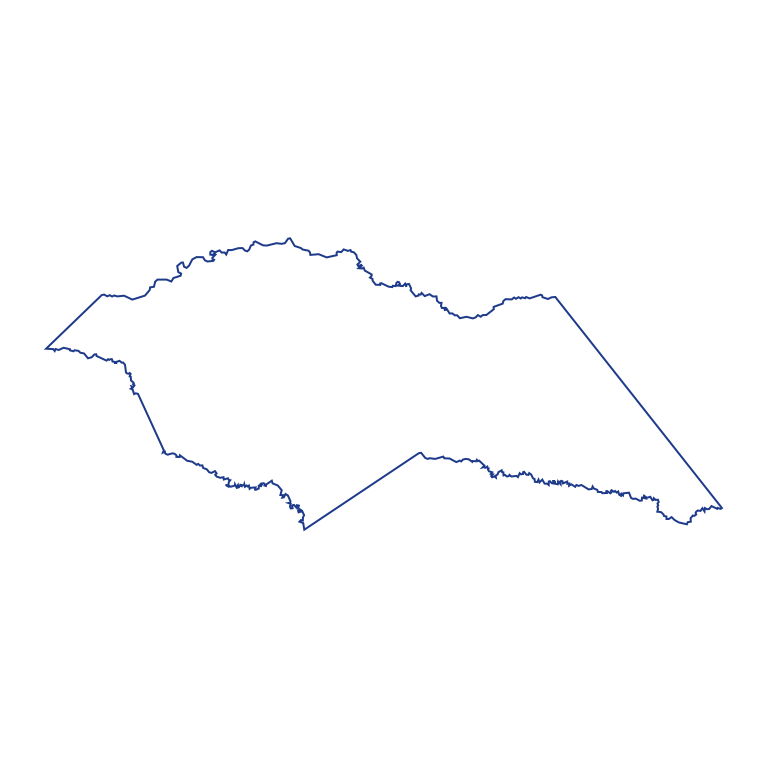 Arauca, Arauca, Colombia
{"feature_id": "7082276B76814651219930", "entity_name": "Arauca", "entity_type": "district", "adm_level": 2, "iso_a3": "COL", "parent_name": "Colombia", "parent_adm1": "Arauca", "projection": "albers", "projection_center": [-70.53, 6.795], "detail": "fine", "context": "isolated", "style": "outline", "palette": "blue", "viewbox_px": 768, "rotation_deg": 0, "n_neighbors": 0, "source": "geoboundaries", "source_scale": "gbopen_adm2", "svg_char_len": 6109}
<svg xmlns="http://www.w3.org/2000/svg" viewBox="0 0 768 768"><path d="M721.9,508.0L555.3,297.0L551.6,297.3L547.9,299.0L542.5,297.2L542.1,295.4L540.7,294.7L529.6,298.4L526.1,297.0L525.2,298.2L522.0,297.4L520.7,298.5L518.5,297.2L516.0,298.8L514.1,297.5L511.8,299.4L505.5,299.2L503.4,301.0L502.7,303.6L493.6,306.9L493.8,309.2L486.3,315.0L482.7,315.1L480.7,316.7L477.8,315.1L475.7,317.4L472.8,318.4L466.6,316.8L459.8,318.2L457.2,315.3L454.8,315.3L452.3,313.4L449.6,313.5L447.2,309.6L444.8,310.0L444.6,309.2L446.3,308.4L445.8,307.8L441.9,308.0L441.0,305.9L441.5,302.9L439.4,302.9L437.0,300.7L436.5,296.4L432.9,296.5L429.5,294.2L424.7,296.1L421.6,292.9L420.6,294.6L418.7,294.4L418.4,295.6L415.7,296.4L410.6,290.3L411.1,288.3L409.0,284.0L406.3,284.3L406.3,286.8L405.1,283.7L402.8,286.1L397.7,285.6L400.0,284.0L399.0,282.2L397.7,281.8L396.5,282.8L395.6,286.1L392.8,285.8L392.3,287.1L388.7,286.7L381.3,283.2L380.2,283.4L380.2,284.9L375.7,284.7L372.6,280.7L372.5,278.9L370.0,277.6L371.7,275.7L371.6,274.4L364.8,270.6L363.7,267.7L362.1,268.5L358.7,268.2L361.8,265.7L361.2,264.9L358.3,266.1L357.4,264.5L360.3,261.7L357.1,258.4L356.3,254.9L353.7,252.2L351.2,251.7L350.5,250.1L347.9,250.9L343.7,249.4L341.2,252.1L337.5,251.6L336.6,252.8L336.7,255.2L326.6,257.4L318.7,254.2L310.4,254.9L309.9,252.2L308.5,250.7L302.6,249.5L300.8,248.0L294.7,246.0L290.1,238.3L288.1,238.7L284.9,243.2L281.6,243.8L276.5,243.2L266.7,245.6L263.0,245.3L255.2,241.4L253.6,242.3L253.4,244.6L250.9,245.5L249.2,249.6L247.3,251.3L244.9,250.5L242.6,248.1L238.3,248.2L231.7,250.1L228.2,250.0L226.2,254.5L224.7,252.5L221.6,252.5L219.6,250.4L215.1,252.3L211.9,250.8L210.3,252.2L210.3,254.6L212.4,255.0L214.4,253.6L215.6,254.5L212.4,257.7L212.4,258.9L214.1,259.8L213.3,260.9L207.4,261.5L204.8,260.2L203.0,257.2L196.5,257.1L192.3,259.4L188.9,265.9L186.5,267.9L184.1,266.7L182.9,262.5L181.3,262.6L177.2,266.0L178.3,272.1L181.1,273.6L180.6,275.7L173.5,278.0L171.3,281.5L166.7,279.6L157.5,279.6L155.1,281.8L154.0,286.7L150.1,287.4L149.7,290.0L145.0,295.6L132.3,299.6L124.1,295.7L117.4,296.4L114.1,295.5L112.1,296.5L109.7,295.2L107.3,296.3L104.1,294.6L101.7,295.1L46.1,348.7L53.1,349.1L54.7,351.0L55.5,349.0L58.7,350.0L63.5,347.8L69.9,349.2L69.9,350.3L73.4,351.3L74.5,350.3L78.4,350.8L80.5,352.8L84.0,353.4L88.0,358.3L91.8,357.2L94.3,354.5L96.2,354.3L96.6,356.0L106.5,360.6L108.1,359.2L109.1,359.9L110.7,359.1L112.0,359.3L112.5,361.5L114.6,361.9L114.9,363.0L116.3,363.0L116.4,361.9L119.5,360.8L121.8,362.7L123.1,362.5L125.0,364.8L126.0,372.4L126.8,373.3L128.4,373.8L129.7,373.0L130.6,373.9L129.7,376.4L130.8,376.9L131.0,380.5L133.3,382.4L133.8,383.3L133.1,384.1L134.5,385.3L133.4,386.8L131.5,386.3L132.3,387.9L130.9,388.8L132.6,389.5L134.1,394.1L135.8,393.3L138.0,393.9L163.8,450.3L162.9,452.6L164.9,451.7L165.3,453.6L167.6,454.7L172.5,453.3L174.6,453.8L176.5,455.4L176.4,456.9L179.6,457.0L179.9,455.3L187.2,460.8L192.2,461.7L196.6,464.8L198.2,463.9L199.9,465.5L202.4,465.4L203.1,467.9L206.9,469.4L209.1,472.2L211.5,472.9L215.0,471.1L216.6,473.4L215.2,474.8L216.7,476.6L220.3,477.8L223.5,477.2L223.8,479.5L228.0,478.3L228.8,479.9L230.2,480.2L228.8,482.1L228.4,485.1L225.6,485.0L228.8,486.8L229.4,486.6L228.4,485.5L230.8,486.7L234.8,485.6L235.0,484.3L236.3,487.0L237.5,485.5L237.3,487.7L239.0,487.2L239.4,485.6L241.3,486.1L240.9,484.9L243.9,485.5L244.3,484.1L245.0,486.8L246.7,485.5L247.7,486.5L248.9,485.6L249.6,488.8L250.8,487.8L255.6,487.4L255.0,489.6L255.7,489.8L258.7,488.6L258.8,485.8L261.0,486.2L261.9,484.5L260.4,484.3L260.8,483.7L263.7,483.2L265.1,484.4L264.5,485.5L265.9,486.0L266.2,484.5L271.8,480.7L272.6,483.4L277.8,485.5L281.7,490.2L280.4,495.0L283.4,495.2L282.3,497.6L283.9,497.3L285.5,494.0L287.9,495.5L290.5,501.3L290.1,502.7L288.5,503.0L290.7,503.8L290.0,506.4L290.7,508.4L292.6,508.2L292.2,505.9L293.1,505.0L294.0,504.9L296.2,507.4L296.9,505.2L298.9,505.6L298.1,508.3L301.2,510.2L299.9,511.5L298.2,510.8L298.6,512.3L302.3,511.3L304.1,515.2L302.9,517.5L302.9,520.4L300.9,520.1L299.5,521.7L303.2,523.0L304.3,529.7L418.8,453.2L421.1,452.8L425.3,458.0L427.8,458.9L429.5,458.2L435.3,458.9L443.3,456.6L444.3,458.3L449.6,458.5L456.3,462.1L459.8,460.6L461.2,461.4L462.9,459.6L465.6,458.9L468.7,459.3L472.2,461.8L472.4,461.0L476.0,461.3L476.8,459.8L477.7,461.1L479.1,460.6L484.4,465.6L482.7,467.4L484.2,467.0L485.1,467.8L487.3,466.6L487.7,468.4L488.6,468.5L488.1,469.8L489.0,471.3L492.2,472.3L490.9,473.9L492.9,474.3L491.2,476.1L492.1,477.3L494.2,476.4L495.9,477.6L495.6,475.7L497.6,474.4L498.5,472.1L501.7,470.3L502.1,472.2L503.4,472.3L503.5,475.4L504.9,474.9L507.0,476.5L509.1,475.9L509.5,474.9L511.4,476.5L516.5,475.9L517.9,477.1L519.7,473.2L520.8,474.3L523.0,474.0L523.1,472.2L524.1,471.8L526.3,474.6L528.4,474.9L529.2,473.1L531.2,474.6L533.1,478.4L534.5,478.9L534.9,481.8L537.3,482.1L538.5,479.6L539.5,482.4L542.3,479.6L544.6,483.6L547.1,483.7L548.7,485.0L548.8,481.5L549.9,481.2L551.8,483.2L553.4,483.5L553.1,481.0L554.4,481.0L555.1,481.9L554.7,483.6L557.8,484.3L558.1,481.4L560.6,484.2L560.4,481.3L561.3,480.8L562.5,481.3L563.0,483.4L567.2,481.6L567.3,483.8L569.3,483.5L569.1,485.7L571.3,484.3L575.2,486.8L576.4,485.0L578.6,485.9L581.4,485.0L588.6,489.4L591.7,489.0L592.6,486.5L593.8,488.5L597.2,489.8L598.0,492.0L601.5,492.0L602.3,493.2L606.8,493.0L606.3,491.2L607.0,491.0L610.4,493.3L611.4,492.4L610.9,491.0L611.5,490.2L614.0,491.8L615.1,491.0L616.7,492.6L618.2,491.5L619.3,494.8L621.1,495.9L621.5,495.1L620.6,494.5L621.4,493.6L623.0,495.3L623.4,493.3L629.0,492.7L631.1,498.0L633.1,498.9L635.8,498.6L639.8,500.8L641.8,500.5L642.0,497.7L645.1,498.3L643.7,496.8L644.0,495.7L646.9,497.8L650.3,496.8L652.5,500.3L653.6,499.9L653.9,498.3L655.6,499.9L657.9,499.7L658.7,502.0L657.5,503.6L658.2,505.4L657.4,506.6L658.1,509.0L657.3,511.7L661.0,512.1L663.6,514.5L663.9,515.9L666.4,516.5L666.5,519.0L668.8,519.0L671.6,517.1L674.4,519.9L678.7,522.4L686.9,524.3L687.7,522.2L690.8,521.7L690.6,518.2L692.9,515.5L694.3,515.9L696.2,514.5L695.6,513.0L696.2,511.7L697.8,510.5L700.5,510.9L702.4,508.2L704.5,511.4L704.9,508.1L707.0,509.2L709.1,509.0L711.5,506.1L717.2,508.8L717.6,507.9L720.5,508.9L721.9,508.0Z" fill="none" stroke="#1e3a8a" stroke-width="2"/></svg>